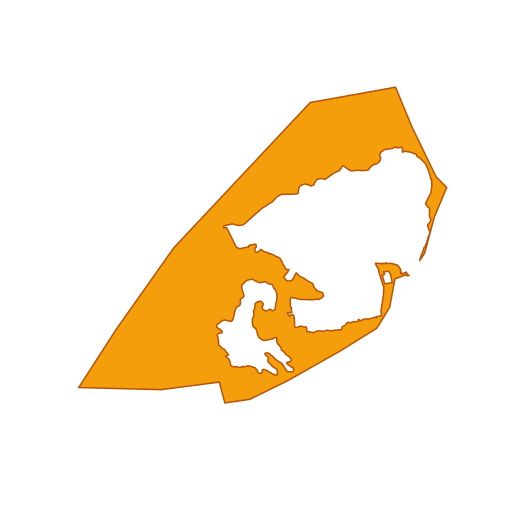 Zemam Out, Al Fayyum, Egypt, rotated 348°
{"feature_id": "37247803B45128523411897", "entity_name": "Zemam Out", "entity_type": "district", "adm_level": 2, "iso_a3": "EGY", "parent_name": "Egypt", "parent_adm1": "Al Fayyum", "projection": "orthographic", "projection_center": [30.662, 29.347], "detail": "fine", "context": "isolated", "style": "filled", "palette": "amber", "viewbox_px": 512, "rotation_deg": 348, "n_neighbors": 0, "source": "geoboundaries", "source_scale": "gbopen_adm2", "svg_char_len": 6124}
<svg xmlns="http://www.w3.org/2000/svg" viewBox="0 0 512 512"><g transform="rotate(348 256 256)"><path d="M401.4,307.0L400.4,305.2L399.8,304.0L399.8,303.4L399.5,303.0L397.6,303.2L396.9,303.9L395.7,304.2L395.1,303.6L394.9,302.4L394.1,302.9L394.1,301.4L394.7,299.0L394.5,298.9L393.6,296.4L392.9,295.1L391.7,293.8L386.5,291.3L385.5,291.0L384.1,291.1L382.1,290.0L381.0,289.7L379.6,290.3L378.7,289.5L377.9,289.4L377.2,289.9L376.2,289.2L371.6,287.9L371.4,288.2L371.4,288.9L371.8,290.1L371.7,290.9L373.0,293.7L372.9,297.8L374.1,310.4L374.6,313.1L372.5,320.8L367.0,335.3L366.7,336.6L366.5,340.4L360.8,340.5L360.7,341.3L359.4,340.7L353.2,341.1L350.4,340.4L348.4,340.3L346.6,340.5L344.1,341.2L343.8,340.9L343.8,340.0L343.1,339.4L342.7,340.6L341.6,341.2L337.8,340.5L335.0,340.9L333.5,340.7L332.2,340.0L331.8,340.0L330.0,341.2L328.7,342.4L325.9,343.0L325.4,343.4L324.6,345.5L323.7,345.9L321.4,345.3L319.4,345.4L317.7,344.9L314.0,344.9L310.0,343.3L306.9,343.8L301.0,342.1L300.2,342.0L296.1,343.0L293.2,341.5L291.4,340.8L290.4,340.7L290.1,339.2L290.6,337.4L290.4,336.2L289.9,335.6L287.8,335.5L286.5,334.4L285.0,333.8L281.1,334.4L279.5,333.8L279.3,333.4L279.4,330.8L280.0,329.3L280.1,326.6L280.4,325.6L280.4,321.8L280.1,321.2L279.3,320.9L277.9,321.0L276.4,321.7L275.5,320.2L274.8,318.5L275.0,317.8L277.9,318.9L279.2,318.7L279.5,318.3L279.1,317.0L280.0,314.1L279.3,312.6L279.1,311.6L279.8,309.0L279.9,307.7L280.7,305.7L280.8,304.8L281.2,304.2L281.7,303.7L282.1,303.8L282.9,304.4L286.6,305.9L290.4,307.7L302.9,310.7L306.8,310.7L307.6,311.7L310.7,310.9L312.7,310.0L313.6,309.3L313.8,309.1L313.4,305.6L308.5,302.8L308.2,301.5L307.6,301.2L306.1,298.3L306.0,295.7L305.7,294.7L302.7,292.4L298.3,287.8L295.1,285.4L293.6,283.8L293.0,282.3L291.8,280.9L289.3,283.6L287.9,285.6L286.0,287.4L282.1,287.2L280.1,285.4L278.8,282.3L281.3,280.1L283.8,278.2L285.3,276.0L283.3,275.6L282.7,275.2L282.0,274.2L281.9,272.5L280.5,269.5L280.5,268.6L279.5,264.3L278.1,262.3L276.2,260.9L275.1,260.6L274.2,259.1L272.9,258.5L271.0,256.9L269.5,256.9L269.3,256.7L269.0,255.5L265.1,253.6L263.4,252.3L263.3,251.6L261.9,250.5L259.4,252.3L258.1,252.7L256.9,252.3L256.2,251.5L256.1,250.6L256.4,249.7L256.3,248.7L256.5,248.2L257.7,247.7L258.4,246.6L258.3,244.6L257.7,244.3L252.7,244.0L250.8,244.6L250.7,245.5L250.5,245.8L248.9,245.4L242.3,245.5L241.5,245.4L238.6,243.4L233.2,222.2L230.3,221.7L231.0,219.8L239.7,219.7L245.1,222.6L250.2,222.8L271.8,210.6L283.5,206.3L288.4,202.7L293.5,200.9L304.0,203.1L309.9,203.7L312.3,198.0L313.4,196.8L316.3,195.9L319.4,195.8L324.5,199.0L327.4,198.4L328.6,196.5L331.7,193.7L336.5,193.8L339.4,195.4L349.4,191.1L355.6,189.7L355.8,188.9L357.6,187.9L358.6,186.5L359.6,185.9L361.1,186.9L363.1,189.2L365.7,191.8L366.8,192.4L368.7,192.8L373.2,193.3L379.1,194.9L383.3,195.2L384.3,194.9L385.6,193.2L388.8,191.6L389.6,191.2L393.5,190.9L396.1,189.5L397.3,188.3L398.4,185.9L397.8,182.8L399.9,180.4L403.9,178.7L411.4,179.1L415.0,178.3L416.7,179.6L420.9,179.8L421.5,181.3L421.5,182.8L420.9,183.6L421.0,184.9L423.3,184.4L425.2,185.4L426.5,185.6L430.4,187.5L432.0,188.9L433.6,189.3L433.9,189.8L434.1,191.7L435.0,192.9L437.1,194.8L438.9,197.8L439.5,198.5L441.4,201.9L441.7,204.8L442.1,205.8L442.9,212.4L443.0,214.6L442.8,215.7L443.1,217.3L443.6,217.5L442.8,222.9L442.1,225.5L440.2,230.4L438.9,232.3L434.8,237.1L432.8,239.9L433.1,241.7L433.6,242.7L435.6,245.5L435.3,247.1L434.2,251.7L433.9,253.5L434.6,256.6L433.7,258.5L430.6,261.0L430.4,261.5L430.3,262.8L430.5,265.7L431.2,268.4L430.3,270.6L428.5,273.0L425.1,279.5L424.5,279.8L424.4,280.4L423.3,282.0L422.4,282.4L421.8,283.2L420.9,285.2L418.1,289.2L415.4,293.8L415.4,294.1L418.1,291.7L421.5,288.4L438.5,255.0L456.8,228.6L448.6,215.9L435.4,162.3L427.6,119.9L341.0,117.1L177.3,230.9L104.2,298.5L55.2,347.8L135.3,367.0L193.9,371.7L195.0,393.3L220.2,394.9L260.9,384.6L318.1,366.6L359.3,351.7L376.0,334.1L387.2,307.3L397.8,305.7L400.9,307.1L401.4,307.0ZM254.2,283.0L260.0,283.0L260.4,283.8L262.3,285.6L263.4,286.4L265.5,287.0L266.3,287.9L266.7,291.3L268.0,293.1L268.4,295.0L268.3,299.5L267.2,303.4L265.3,307.1L263.5,312.3L262.6,312.8L260.9,312.9L260.0,312.5L259.4,311.4L258.8,310.9L256.3,311.7L253.7,311.8L252.8,310.6L251.8,310.0L251.2,308.1L251.8,306.5L252.5,306.0L253.1,304.2L252.6,302.9L251.3,301.3L250.4,301.0L247.0,301.3L245.3,302.5L243.8,306.9L241.9,309.7L242.0,311.4L241.5,314.3L239.5,316.4L238.7,319.9L238.3,323.5L239.5,326.0L240.3,326.5L240.7,327.4L241.3,330.0L241.1,331.6L241.4,334.2L242.0,336.6L243.2,337.6L244.4,339.3L246.8,340.4L254.5,340.5L256.0,340.4L257.3,339.6L258.7,340.0L259.4,340.6L259.0,341.7L258.5,344.5L259.1,346.7L260.0,347.7L260.4,349.2L261.4,350.2L261.3,352.8L261.8,353.9L262.7,354.7L263.7,356.0L264.4,358.1L267.8,361.8L268.8,363.6L268.7,365.7L268.2,366.4L264.6,366.4L263.7,366.9L264.2,368.3L265.5,369.5L267.2,371.8L268.8,372.5L269.2,375.6L268.6,376.5L266.3,376.8L262.5,375.5L260.7,370.7L258.7,366.1L255.0,362.8L252.5,359.5L251.7,358.0L248.3,353.8L246.4,352.9L244.5,353.1L244.5,354.0L244.9,355.3L246.2,356.5L246.9,357.7L246.9,358.5L246.3,359.4L245.6,361.7L249.6,368.0L252.7,370.9L252.9,372.2L252.8,374.5L251.6,376.6L250.1,376.7L241.9,369.6L240.3,368.7L239.4,368.4L238.4,368.7L238.0,370.6L237.3,371.7L235.7,371.7L234.0,371.0L233.5,368.1L232.0,365.4L230.7,364.4L229.2,363.7L227.4,362.4L224.8,361.7L221.6,362.0L219.9,361.2L217.1,361.9L215.7,361.2L214.3,360.2L210.9,359.7L209.2,358.5L208.6,357.7L208.4,356.7L208.6,355.7L208.3,352.0L207.6,350.3L206.7,349.6L205.5,347.7L208.6,346.9L208.1,345.5L206.4,342.7L205.8,340.7L204.3,339.8L203.4,338.8L202.6,337.1L201.3,335.9L201.1,335.3L201.9,327.9L201.6,325.5L202.7,324.1L206.6,324.0L207.1,323.5L207.2,322.9L207.2,322.6L205.9,320.6L202.9,317.8L203.1,316.5L203.6,315.1L206.3,314.0L207.7,313.0L211.0,312.0L212.4,312.2L216.8,314.4L217.7,314.7L219.2,314.4L221.0,312.1L223.4,306.4L226.1,302.2L230.0,300.8L231.3,298.2L231.2,297.3L231.4,295.7L232.8,294.5L235.3,293.6L236.0,292.3L235.4,285.1L235.6,282.6L236.4,281.4L241.2,278.2L243.6,277.7L248.1,278.0L249.7,280.0L251.1,280.8L252.2,281.8L254.2,283.0ZM383.8,302.4L383.7,310.4L376.1,310.0L375.5,301.0L377.8,300.8L377.6,298.2L382.6,298.4L383.8,302.4Z" fill="#f59e0b" stroke="#b45309" stroke-width="1.5"/></g></svg>